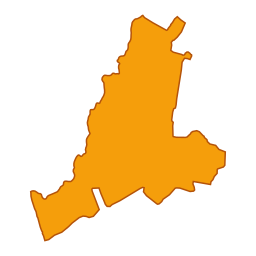 the district of Río Bravo, Suchitepéquez, Guatemala
{"feature_id": "79465075B98045843880740", "entity_name": "Río Bravo", "entity_type": "district", "adm_level": 2, "iso_a3": "GTM", "parent_name": "Guatemala", "parent_adm1": "Suchitepéquez", "projection": "mercator", "projection_center": [-91.352, 14.385], "detail": "fine", "context": "isolated", "style": "filled", "palette": "amber", "viewbox_px": 256, "rotation_deg": 0, "n_neighbors": 0, "source": "geoboundaries", "source_scale": "gbopen_adm2", "svg_char_len": 4911}
<svg xmlns="http://www.w3.org/2000/svg" viewBox="0 0 256 256"><path d="M30.7,191.7L30.9,193.0L31.0,196.2L31.9,200.2L34.6,208.6L36.1,211.7L37.1,216.7L37.8,217.7L40.3,227.1L41.7,230.9L42.5,231.9L42.4,233.5L43.5,235.8L44.9,240.6L48.7,239.6L54.5,235.2L61.8,232.2L68.6,226.6L72.2,223.0L79.2,217.6L83.0,216.1L86.2,216.4L89.1,217.5L93.4,216.3L99.2,209.6L92.2,191.2L91.8,189.2L92.7,188.3L99.0,188.0L100.9,193.5L103.6,199.9L105.4,204.4L107.1,206.4L110.0,206.5L110.7,205.8L112.2,204.5L119.9,200.7L140.3,188.4L142.6,187.4L144.1,187.7L143.5,191.8L146.5,195.7L150.0,198.4L156.8,203.8L157.7,204.2L159.2,203.8L161.7,201.6L163.1,199.2L169.5,194.7L173.0,190.7L175.2,188.2L176.7,187.9L179.9,188.1L190.1,191.5L193.6,191.1L194.6,190.0L194.2,187.2L192.9,183.9L193.3,181.5L210.5,184.5L211.0,181.7L212.9,179.7L214.3,176.5L217.1,173.4L217.2,169.7L217.7,168.9L223.4,167.0L224.8,165.3L225.3,151.9L218.9,149.4L215.7,145.4L209.9,144.0L207.4,141.6L206.9,139.6L204.5,137.6L204.0,136.2L203.0,135.6L199.4,131.8L196.8,130.7L192.7,131.5L191.2,132.5L190.3,134.0L188.8,135.3L187.1,137.0L185.5,137.4L176.4,137.3L173.3,136.6L173.0,136.1L172.7,125.8L173.2,122.3L171.9,120.9L171.7,120.0L172.7,112.1L173.7,108.7L175.4,108.0L176.1,104.9L176.7,98.8L181.3,70.2L182.1,62.2L184.5,58.3L187.4,58.6L190.0,59.5L191.7,55.9L191.5,54.7L190.9,54.6L189.9,53.3L188.1,52.0L186.8,52.1L186.3,52.6L185.2,53.3L185.0,54.1L184.1,55.0L182.9,55.2L181.8,54.5L173.3,52.2L170.8,50.4L171.7,45.1L171.3,42.3L172.8,40.4L173.8,40.3L177.2,37.2L181.4,31.9L185.2,23.0L180.7,19.8L177.3,16.7L174.6,19.0L172.5,22.5L170.7,24.6L170.7,25.3L168.1,28.5L167.8,29.4L167.2,30.0L166.5,30.3L152.9,22.8L144.5,17.6L142.8,15.4L141.8,15.9L141.2,16.4L140.6,17.1L139.9,17.4L139.3,17.7L138.7,18.1L137.9,18.5L136.9,18.8L136.3,18.9L135.5,19.0L134.8,19.4L134.1,20.0L133.7,20.6L133.1,21.2L132.6,21.9L132.1,22.9L132.0,23.5L131.9,24.4L131.7,25.5L131.5,26.4L131.3,27.3L131.1,28.3L131.0,29.1L131.0,29.7L131.0,30.7L131.1,31.6L131.2,32.3L131.2,33.7L131.1,34.6L131.0,37.7L130.9,38.5L130.8,39.3L130.6,39.9L130.3,40.5L130.0,41.2L129.5,42.0L128.7,43.1L128.3,44.0L128.2,44.8L128.2,45.7L128.2,47.2L128.1,48.0L128.0,48.6L127.7,49.6L127.3,50.2L126.8,50.7L126.1,51.3L125.8,52.1L125.0,54.6L124.5,55.3L123.8,55.8L123.1,56.0L121.6,56.1L121.0,56.2L120.3,56.4L119.4,57.0L118.9,57.6L118.6,58.4L118.4,59.1L118.1,59.7L117.3,60.3L117.3,61.2L117.8,61.9L118.9,62.7L119.4,63.1L119.7,63.8L119.3,64.4L118.9,64.9L118.7,65.7L118.6,66.4L118.6,67.2L118.6,68.0L118.7,68.6L119.0,69.5L119.2,71.1L119.3,71.9L119.3,72.5L119.3,73.5L118.5,73.9L118.0,73.7L117.1,73.7L116.3,73.8L115.4,73.9L114.5,73.6L114.0,73.3L112.9,73.3L112.4,73.6L112.0,74.1L111.6,74.6L111.2,74.9L110.6,75.3L110.0,75.5L109.3,75.6L107.3,75.6L106.2,75.4L105.4,75.3L104.6,75.3L103.8,75.7L103.3,76.3L102.5,77.3L102.2,77.9L102.0,79.3L102.0,79.8L102.6,81.0L103.4,82.1L103.8,82.7L104.0,83.7L104.0,84.9L104.1,85.6L104.2,86.9L104.3,87.8L104.4,88.7L104.5,89.4L104.6,90.0L104.6,91.5L104.6,92.9L104.4,93.5L104.1,94.5L103.7,95.5L103.4,96.2L103.0,96.9L102.5,97.6L102.0,98.6L101.6,99.5L101.2,100.1L100.8,100.8L100.4,101.4L100.1,102.1L99.9,102.9L99.2,103.4L98.3,103.1L97.3,103.0L96.7,103.2L96.3,103.7L96.0,104.6L95.8,105.3L95.6,106.0L95.3,107.0L94.9,107.8L94.7,108.3L94.2,109.0L93.7,109.4L93.1,109.6L91.6,109.6L90.6,109.8L90.2,110.6L90.1,111.5L90.1,112.4L90.1,113.2L90.1,114.0L89.7,114.9L89.4,115.5L88.9,116.2L88.5,117.0L88.3,118.1L88.2,118.8L88.1,119.6L87.8,120.4L87.6,121.5L87.4,122.2L87.4,123.1L87.5,123.8L87.6,124.7L87.8,125.4L88.1,126.2L88.3,127.3L88.4,128.5L88.5,129.1L88.6,129.9L89.2,131.5L89.5,132.3L89.8,132.9L90.0,133.7L89.4,134.5L88.8,135.4L87.9,136.7L87.3,137.7L86.8,138.7L86.5,139.6L86.5,140.3L86.4,141.1L86.5,141.7L86.5,142.4L86.6,143.1L86.7,144.0L86.8,144.6L86.6,145.6L86.3,146.8L85.9,147.6L85.7,148.6L85.5,149.5L85.5,150.0L85.8,151.0L85.9,151.6L85.9,152.4L85.6,153.1L84.9,153.7L84.0,153.9L83.3,154.4L82.9,154.9L82.4,155.6L81.9,156.1L81.1,156.4L80.6,156.3L80.0,155.7L79.4,155.3L78.8,155.0L77.9,155.3L77.2,156.1L76.8,156.5L76.2,157.5L75.7,158.4L75.2,159.6L74.8,160.5L74.4,161.5L74.2,162.2L74.0,163.1L73.9,163.7L73.9,164.4L73.9,165.1L73.9,165.7L74.1,166.5L74.4,167.2L74.3,167.9L74.1,168.4L73.5,169.4L73.3,170.1L73.3,170.8L73.3,171.6L73.5,172.1L74.0,173.1L74.3,174.0L74.6,175.0L74.6,176.1L74.3,177.1L74.1,177.7L73.8,178.5L73.3,179.2L72.8,179.8L72.0,180.6L71.2,181.3L70.6,181.5L68.3,181.5L67.2,181.3L66.6,181.2L65.9,181.2L65.0,181.2L64.3,181.6L63.7,182.4L63.5,183.7L63.4,184.6L62.9,185.3L62.2,185.8L61.4,186.3L60.7,186.8L60.2,187.6L59.9,188.1L59.6,188.8L59.2,189.4L58.8,189.9L58.3,190.5L57.9,191.2L57.4,191.7L56.4,192.2L53.2,193.6L49.3,195.2L48.2,195.7L47.7,196.2L47.1,196.8L46.7,197.6L46.3,198.4L45.7,198.9L44.9,199.0L44.2,199.0L43.4,198.5L42.9,198.1L42.3,197.3L41.9,196.4L41.6,195.5L41.5,194.9L41.2,194.3L40.1,193.6L39.1,193.6L37.8,193.0L36.8,192.2L35.8,191.6L35.2,191.2L34.0,190.9L32.9,190.9L32.0,191.0L31.5,191.3L30.7,191.7Z" fill="#f59e0b" stroke="#b45309" stroke-width="1.5"/></svg>